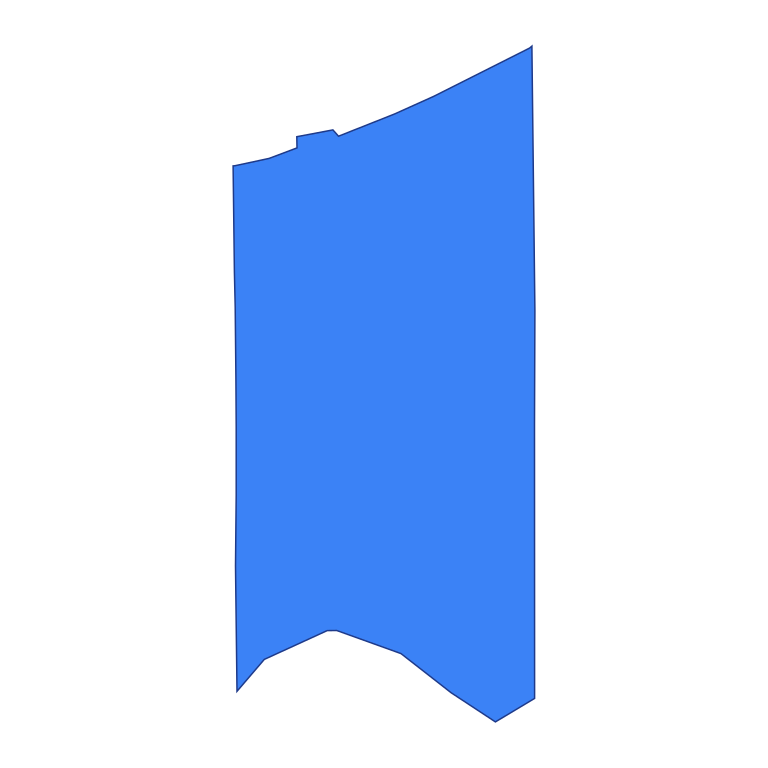 Porter, Indiana, United States of America
{"feature_id": "52423323B69237488577242", "entity_name": "Porter", "entity_type": "district", "adm_level": 2, "iso_a3": "USA", "parent_name": "United States of America", "parent_adm1": "Indiana", "projection": "mercator", "projection_center": [-87.097, 41.465], "detail": "fine", "context": "isolated", "style": "filled", "palette": "blue", "viewbox_px": 768, "rotation_deg": 0, "n_neighbors": 0, "source": "geoboundaries", "source_scale": "gbopen_adm2", "svg_char_len": 489}
<svg xmlns="http://www.w3.org/2000/svg" viewBox="0 0 768 768"><path d="M534.6,698.4L534.5,427.4L534.5,424.7L534.9,310.8L531.9,46.1L529.7,48.0L433.8,96.3L394.5,114.0L393.0,114.6L338.5,136.2L332.9,129.9L296.8,136.7L297.0,147.9L269.1,158.4L235.1,165.7L233.1,165.9L234.4,272.0L235.2,307.2L235.9,377.3L236.2,426.9L236.2,495.3L235.5,566.0L237.0,691.3L264.3,659.4L327.2,630.6L336.7,630.5L401.0,653.6L451.2,692.8L495.4,721.9L534.6,698.4Z" fill="#3b82f6" stroke="#1e3a8a" stroke-width="1.5"/></svg>